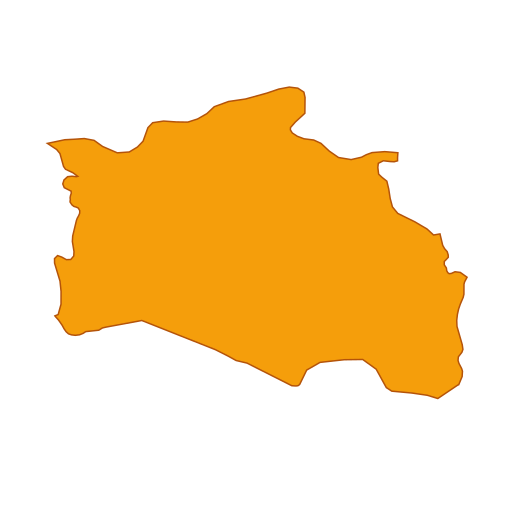 an SVG outline of Ñuble, rotated 173°
{"feature_id": "CHL-20010", "entity_name": "Ñuble", "entity_type": "Region", "adm_level": 1, "iso_a3": "CHL", "parent_name": "Chile", "parent_adm1": "", "projection": "mercator", "projection_center": [-71.968, -36.605], "detail": "fine", "context": "isolated", "style": "filled", "palette": "amber", "viewbox_px": 512, "rotation_deg": 173, "n_neighbors": 0, "source": "natural_earth", "source_scale": "10m", "svg_char_len": 2263}
<svg xmlns="http://www.w3.org/2000/svg" viewBox="0 0 512 512"><g transform="rotate(173 256 256)"><path d="M462.9,221.1L459.5,222.0L455.4,231.9L453.8,244.6L453.6,254.9L456.8,273.5L456.3,278.0L452.9,280.6L448.9,278.6L444.7,275.5L440.3,275.1L436.9,278.2L436.1,282.6L436.5,292.8L435.5,298.2L429.9,313.2L428.8,315.3L427.2,317.5L425.8,319.9L425.4,322.5L426.6,325.3L428.6,326.5L430.7,327.4L432.4,329.1L433.9,332.0L433.9,333.2L433.5,334.1L433.4,336.5L432.8,338.5L431.7,340.8L431.6,342.9L438.0,347.2L439.0,351.1L437.3,354.9L433.3,357.7L428.9,357.6L424.6,356.6L423.2,356.8L427.5,360.9L434.5,365.3L436.1,368.3L438.1,381.6L440.9,386.0L449.3,393.2L431.6,394.7L421.6,394.0L412.1,393.5L402.6,390.5L394.9,383.4L381.1,375.3L369.1,374.7L360.4,378.6L354.1,383.7L347.6,396.6L342.3,400.9L331.3,401.2L318.9,398.8L307.4,397.2L297.4,399.1L287.4,403.3L279.2,409.3L264.4,412.7L247.3,413.1L225.1,416.4L213.1,418.9L202.4,419.6L194.0,417.5L188.5,412.8L188.0,407.4L190.1,391.7L200.6,384.2L206.1,379.3L206.5,377.0L205.0,373.7L200.4,369.8L194.1,366.5L184.6,364.1L177.8,359.9L170.4,351.1L162.1,343.7L149.8,340.1L139.2,341.2L134.2,343.1L128.2,344.5L115.5,343.9L106.8,342.1L102.6,341.2L103.5,336.5L103.9,333.2L107.4,332.7L111.4,333.4L118.0,335.0L123.3,333.1L124.3,329.0L124.3,322.3L121.6,319.0L117.0,314.3L116.1,306.3L115.8,296.7L114.6,288.1L110.1,281.0L101.1,275.1L94.2,270.6L88.5,266.2L83.0,262.0L77.2,255.2L70.7,255.5L69.4,243.9L68.0,240.4L65.7,237.0L65.1,233.6L65.3,231.3L67.9,229.1L69.8,227.6L70.2,224.3L68.5,220.9L68.5,218.1L67.6,216.0L66.4,214.9L64.2,214.9L60.4,216.1L55.2,214.8L49.1,209.2L52.1,204.9L53.0,202.7L54.3,192.7L55.4,189.7L59.1,183.3L61.3,178.8L63.2,173.5L64.6,167.7L65.1,161.6L62.1,142.8L62.0,138.1L63.4,135.3L67.4,131.3L68.2,127.8L67.7,124.8L65.6,119.2L65.1,116.5L66.1,111.2L70.5,103.5L71.5,103.3L92.9,92.4L103.0,96.9L118.0,101.0L137.7,105.3L142.7,109.5L150.5,129.0L162.7,140.3L181.1,142.3L205.4,142.6L219.6,136.6L228.3,123.2L229.7,122.3L231.0,122.1L232.6,122.2L236.3,122.9L278.0,150.8L288.5,154.7L295.5,159.8L307.6,167.9L377.2,205.9L413.5,203.7L417.2,203.3L421.1,201.5L434.2,201.7L437.0,200.3L440.7,199.3L445.0,199.3L448.7,200.2L451.6,201.6L453.7,204.0L455.3,207.0L456.9,211.0L459.8,216.5L462.6,220.5L462.9,221.1Z" fill="#f59e0b" stroke="#b45309" stroke-width="1.5"/></g></svg>